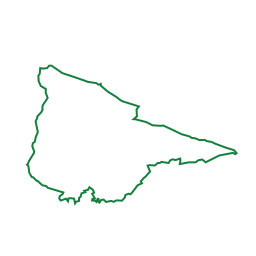 Juncos, Puerto Rico, rotated 263°
{"feature_id": "32010507B4476069881606", "entity_name": "Juncos", "entity_type": "district", "adm_level": 2, "iso_a3": "PRI", "parent_name": "Puerto Rico", "parent_adm1": "", "projection": "robinson", "projection_center": [-65.917, 18.206], "detail": "fine", "context": "isolated", "style": "outline", "palette": "green", "viewbox_px": 256, "rotation_deg": 263, "n_neighbors": 0, "source": "geoboundaries", "source_scale": "gbopen_adm2", "svg_char_len": 1826}
<svg xmlns="http://www.w3.org/2000/svg" viewBox="0 0 256 256"><g transform="rotate(263 128 128)"><path d="M198.2,48.2L192.7,47.0L190.7,45.4L185.4,45.0L180.3,46.6L176.7,51.2L173.2,50.6L167.6,51.9L161.0,46.2L158.5,45.4L156.7,45.5L154.3,43.9L150.5,39.4L149.4,39.3L145.8,37.1L134.8,38.0L130.6,35.5L125.7,33.8L124.5,31.7L121.6,30.8L116.1,32.0L114.7,31.6L107.1,25.6L104.5,24.2L103.9,23.3L102.4,24.5L95.6,24.6L91.2,26.4L90.6,27.9L86.9,30.7L86.6,31.7L81.5,36.1L80.4,39.7L78.4,41.1L71.9,56.0L70.4,55.1L68.7,52.0L66.8,51.2L65.6,51.5L64.2,52.5L65.4,57.8L62.6,59.5L65.3,60.3L65.4,62.0L64.5,65.8L59.7,66.3L61.1,67.5L61.6,70.6L64.4,70.8L65.6,72.6L68.8,73.9L69.5,77.8L71.0,76.9L71.5,80.7L73.9,82.5L70.9,85.6L68.0,86.5L67.1,84.4L62.1,86.5L61.9,84.0L60.4,83.5L59.8,86.5L58.5,87.6L61.4,89.3L61.1,90.2L58.3,89.7L57.4,90.5L59.9,92.7L59.9,95.1L57.3,97.2L57.7,102.2L56.5,104.9L57.6,107.8L56.6,113.1L59.5,116.5L61.8,117.2L62.7,120.5L61.9,122.3L63.0,123.8L70.0,130.6L71.4,135.1L73.3,134.1L76.2,137.2L77.5,139.4L79.7,141.8L82.0,144.6L88.3,142.9L88.5,144.9L87.5,150.1L89.6,153.2L89.4,155.3L90.3,157.1L88.3,164.0L90.6,165.8L91.5,168.2L90.4,171.4L91.3,176.0L89.5,176.1L85.9,175.0L86.5,184.3L85.7,190.9L87.4,193.9L87.7,197.7L86.5,199.0L84.5,200.9L89.6,215.2L90.5,229.1L89.0,231.2L89.8,232.7L93.1,230.5L96.3,223.3L101.8,212.6L104.0,209.2L105.5,204.3L106.8,202.9L107.3,197.4L109.5,193.7L110.4,190.0L112.0,188.3L115.4,180.2L115.5,180.1L120.8,171.9L126.2,163.2L126.2,161.8L126.2,160.5L127.7,152.7L131.1,147.7L132.0,146.0L135.9,136.0L136.1,134.8L138.5,138.3L143.6,138.6L145.4,138.8L148.1,141.4L155.3,125.5L157.9,122.4L159.4,121.2L166.5,112.5L167.6,111.4L173.3,106.2L175.1,106.3L174.5,104.2L176.5,101.8L178.7,93.7L179.7,91.9L184.9,81.3L190.5,69.5L199.2,59.7L199.5,57.4L197.4,55.2L197.2,51.1L198.2,48.2Z" fill="none" stroke="#15803d" stroke-width="2"/></g></svg>